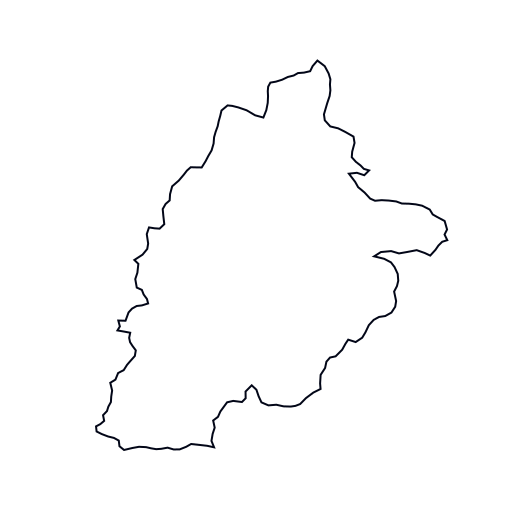 Altair, São Paulo, Brazil (Mercator projection), rotated 78°
{"feature_id": "56859067B81841390348635", "entity_name": "Altair", "entity_type": "district", "adm_level": 2, "iso_a3": "BRA", "parent_name": "Brazil", "parent_adm1": "São Paulo", "projection": "mercator", "projection_center": [-49.094, -20.533], "detail": "fine", "context": "isolated", "style": "outline", "palette": "ink", "viewbox_px": 512, "rotation_deg": 78, "n_neighbors": 0, "source": "geoboundaries", "source_scale": "gbopen_adm2", "svg_char_len": 2713}
<svg xmlns="http://www.w3.org/2000/svg" viewBox="0 0 512 512"><g transform="rotate(78 256 256)"><path d="M280.3,65.6L274.2,67.1L269.8,63.6L261.0,64.2L255.5,70.7L252.1,74.5L246.7,76.4L241.3,83.1L238.7,89.0L236.7,95.3L235.0,102.4L231.8,107.5L229.4,114.5L227.5,121.5L226.7,128.1L223.6,132.4L216.5,136.6L209.9,141.8L204.1,143.6L194.8,148.0L195.6,140.0L199.5,133.3L195.8,127.6L193.2,132.4L189.2,134.9L184.7,138.7L179.3,141.8L173.9,140.2L165.9,136.1L159.5,135.8L153.2,142.9L148.2,149.1L144.7,156.4L137.6,160.5L131.6,160.1L121.4,154.6L114.8,150.7L109.4,148.8L103.6,148.0L98.6,146.5L92.6,147.0L84.6,149.3L77.6,155.3L82.0,161.1L86.5,164.6L86.6,170.9L85.8,176.9L87.3,181.6L87.5,187.6L89.0,193.8L89.6,200.3L89.4,205.9L92.9,208.9L97.2,210.2L102.2,211.0L108.7,212.7L115.5,215.6L122.1,220.0L118.2,227.6L111.5,234.9L107.0,242.4L104.2,248.1L102.8,252.5L106.5,259.5L111.6,261.9L116.5,264.5L121.1,266.5L126.2,269.7L131.1,272.3L137.2,274.1L143.5,277.5L148.3,281.9L152.8,285.6L158.1,290.7L156.9,296.0L155.6,301.4L158.1,305.8L161.5,309.8L166.2,315.9L170.4,323.5L177.6,327.2L183.7,328.9L186.3,333.6L190.7,337.5L197.5,338.3L205.8,339.1L209.2,344.6L207.8,349.5L205.8,354.7L211.9,358.3L221.4,358.9L226.5,360.9L231.1,366.7L234.6,375.8L239.2,372.7L247.7,375.5L253.5,378.9L262.1,379.2L265.4,374.7L270.3,373.9L275.4,371.6L280.0,371.4L280.6,377.9L280.1,383.1L281.7,388.2L284.7,392.4L292.2,397.1L290.5,404.1L296.6,403.8L300.0,407.0L302.4,401.0L304.9,395.0L309.7,397.1L314.1,397.1L318.3,395.5L323.3,393.2L328.6,395.3L332.8,401.0L335.6,404.7L340.1,409.1L341.8,415.2L347.7,419.2L349.7,424.9L357.7,424.7L363.3,426.8L368.7,428.3L372.6,431.7L376.7,434.0L379.9,438.7L385.7,438.8L388.1,443.3L389.4,447.9L394.5,448.4L398.1,443.9L401.8,438.2L404.4,432.8L408.0,428.6L413.7,429.1L418.3,425.4L418.1,416.9L418.3,410.1L420.1,403.3L422.3,398.6L424.2,393.8L424.9,388.8L425.1,382.3L428.1,376.8L429.3,370.9L428.1,363.9L426.4,358.6L429.8,348.3L431.5,343.2L434.4,336.8L427.6,338.0L421.0,335.4L415.3,332.1L408.0,332.1L405.4,326.6L400.7,323.2L393.1,314.7L393.0,308.4L395.9,300.1L393.0,295.7L386.4,294.4L381.6,287.1L386.9,283.4L393.7,282.6L400.3,281.1L404.7,274.9L405.7,267.1L408.8,260.3L410.5,253.3L410.8,248.6L410.0,243.6L405.4,236.7L401.5,228.3L399.5,220.5L394.0,219.8L385.7,217.5L379.9,211.7L374.0,209.1L370.7,204.7L370.7,199.0L365.6,191.2L360.4,186.7L357.0,183.2L360.9,176.4L358.0,169.1L353.5,164.9L347.1,160.0L342.9,154.1L341.2,148.3L341.6,142.1L339.5,135.3L334.6,130.4L329.2,128.3L319.5,128.3L314.8,124.4L309.8,122.0L303.0,121.1L295.6,122.8L290.3,125.3L285.4,131.2L280.9,140.5L278.1,133.0L279.3,122.8L283.2,115.6L283.5,107.5L283.7,97.6L288.1,90.4L291.8,85.5L287.3,79.2L283.7,75.4L280.8,70.9L280.3,65.6Z" fill="none" stroke="#020617" stroke-width="2"/></g></svg>